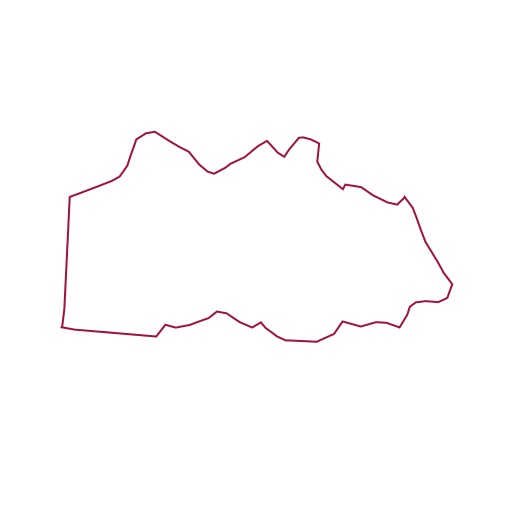 the district of Menogeia, Larnaca, Cyprus, rotated 288°
{"feature_id": "46923920B76142388843432", "entity_name": "Menogeia", "entity_type": "district", "adm_level": 2, "iso_a3": "CYP", "parent_name": "Cyprus", "parent_adm1": "Larnaca", "projection": "albers", "projection_center": [33.436, 34.845], "detail": "fine", "context": "isolated", "style": "outline", "palette": "rose", "viewbox_px": 512, "rotation_deg": 288, "n_neighbors": 0, "source": "geoboundaries", "source_scale": "gbopen_adm2", "svg_char_len": 1154}
<svg xmlns="http://www.w3.org/2000/svg" viewBox="0 0 512 512"><g transform="rotate(288 256 256)"><path d="M128.2,93.3L129.9,106.1L148.6,186.0L162.6,191.1L163.1,201.8L169.9,214.2L175.0,220.6L182.2,230.0L191.1,236.0L192.4,245.8L188.1,260.8L186.8,274.4L194.4,281.2L190.6,287.2L187.9,295.4L186.0,300.9L184.9,310.2L186.5,315.7L193.2,340.2L206.0,354.3L220.5,358.6L221.3,377.4L230.2,390.7L232.8,400.9L232.4,414.6L246.8,418.0L255.3,418.0L261.3,422.3L265.5,431.3L268.5,443.7L275.3,450.9L282.2,451.1L289.8,451.4L297.9,439.8L306.4,430.8L321.7,412.9L332.3,404.3L341.7,397.1L350.2,390.2L358.1,379.1L357.4,379.1L348.5,374.4L347.6,364.6L349.8,348.8L354.0,334.7L351.5,318.9L346.4,318.0L353.6,298.4L358.3,291.5L364.7,285.1L382.5,281.3L383.8,272.3L383.4,264.2L381.7,260.3L368.1,254.8L359.1,252.2L360.8,245.4L361.2,244.5L368.9,230.9L361.2,224.0L346.4,214.6L335.7,203.1L330.6,199.7L321.3,190.7L321.3,183.9L325.5,173.6L334.4,159.9L336.1,149.3L338.7,137.7L342.9,121.5L338.7,113.4L329.8,106.1L325.5,106.1L312.8,105.7L302.1,105.7L289.4,101.8L282.6,95.4L271.1,81.3L264.3,72.8L254.6,60.6L146.4,90.1L129.0,93.5L128.2,93.3Z" fill="none" stroke="#9f1239" stroke-width="2"/></g></svg>